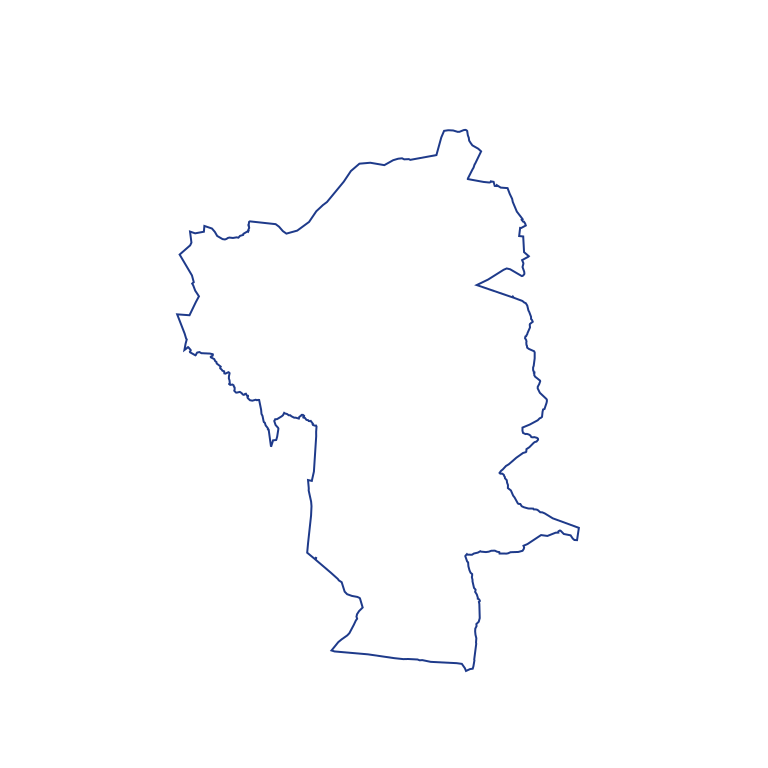 outline of Time nor, Rogaland, Norway, rotated 23°
{"feature_id": "86288312B70741506044896", "entity_name": "Time nor", "entity_type": "district", "adm_level": 2, "iso_a3": "NOR", "parent_name": "Norway", "parent_adm1": "Rogaland", "projection": "albers", "projection_center": [5.769, 58.707], "detail": "fine", "context": "isolated", "style": "outline", "palette": "blue", "viewbox_px": 768, "rotation_deg": 23, "n_neighbors": 0, "source": "geoboundaries", "source_scale": "gbopen_adm2", "svg_char_len": 6165}
<svg xmlns="http://www.w3.org/2000/svg" viewBox="0 0 768 768"><g transform="rotate(23 384 384)"><path d="M571.6,616.1L574.6,612.8L576.9,611.4L576.6,608.9L575.2,603.0L574.7,602.4L570.4,587.1L569.7,586.0L568.3,581.9L566.2,579.1L564.6,576.2L563.6,573.5L563.8,570.7L562.8,568.9L564.1,565.8L563.6,562.1L557.7,549.2L556.5,547.5L557.0,546.7L557.0,546.2L555.8,545.1L554.2,545.0L553.9,544.1L551.7,541.5L549.1,539.7L549.0,538.7L548.6,537.5L546.5,536.5L542.6,531.1L542.0,529.7L540.3,527.4L540.1,526.2L539.4,524.5L537.4,523.9L535.5,522.1L532.9,518.8L531.1,515.3L529.9,514.9L526.1,510.7L526.1,510.2L526.8,508.2L527.4,508.5L531.7,506.8L533.0,504.9L536.3,502.5L538.0,500.3L538.8,500.4L543.5,498.9L546.0,497.4L547.9,495.6L551.1,494.1L553.7,494.2L555.8,493.7L556.6,494.9L563.1,492.2L564.3,491.4L566.2,489.4L573.3,486.1L576.7,483.4L577.1,481.2L576.9,479.8L575.6,478.4L578.6,475.3L587.6,461.7L593.8,460.0L600.1,453.8L602.5,452.7L602.1,452.1L602.2,451.3L603.2,450.1L604.0,450.1L608.1,451.8L614.9,450.4L618.1,452.5L620.2,453.2L622.7,452.3L619.6,440.3L591.8,441.7L582.5,440.3L579.8,440.3L578.0,441.0L574.5,439.9L572.9,440.1L570.8,440.9L570.0,440.4L565.5,442.2L561.0,442.8L558.5,442.7L556.4,441.2L554.5,441.8L553.7,441.5L548.5,437.4L546.5,436.3L542.4,432.4L538.7,431.4L537.6,428.6L535.8,426.7L534.6,424.6L532.2,423.5L531.6,422.4L530.5,421.7L529.8,420.8L527.9,420.3L526.1,421.1L525.1,420.7L525.7,418.1L526.7,416.3L528.3,411.8L530.2,409.2L534.6,400.2L538.9,393.2L541.2,391.3L541.4,390.7L540.6,388.3L542.5,385.4L544.8,379.6L545.5,378.5L546.9,377.4L547.6,375.1L547.0,374.1L545.8,373.8L543.0,374.2L542.0,374.9L540.4,375.3L538.8,374.2L537.0,373.9L535.0,374.1L533.8,374.8L531.1,374.7L529.7,372.9L528.5,370.0L534.0,364.4L539.7,357.3L540.7,354.7L541.4,354.2L542.3,352.5L540.8,347.6L540.4,345.3L541.5,344.3L541.0,337.9L540.6,336.0L540.0,334.8L539.3,334.3L530.9,331.2L527.2,328.0L526.6,326.5L526.9,323.4L526.7,320.4L526.3,319.9L520.2,318.2L518.8,317.1L518.3,315.6L517.8,315.4L517.9,314.4L516.9,314.2L516.6,313.6L515.8,312.9L514.8,310.5L514.7,308.8L512.7,301.6L510.4,296.1L509.4,295.2L503.6,295.1L501.6,294.6L500.5,292.8L499.9,292.4L498.8,290.3L498.6,289.3L497.7,288.0L495.9,286.7L495.6,285.0L496.2,284.4L496.1,283.7L496.4,282.4L496.2,281.0L496.3,274.9L495.0,272.5L494.9,271.7L496.6,268.6L495.3,267.3L494.0,266.7L493.1,264.7L489.3,260.7L488.3,260.0L485.2,255.8L482.9,254.2L481.3,254.2L479.0,253.5L469.7,253.9L468.5,253.2L468.4,254.0L430.7,256.7L439.0,247.2L449.5,232.1L451.8,229.7L455.3,229.1L468.6,230.8L469.4,230.3L470.2,228.3L470.0,227.3L469.2,225.9L465.8,222.2L465.3,218.8L464.9,218.1L462.7,216.0L467.1,210.5L467.4,209.8L461.4,207.9L454.5,193.8L450.6,195.0L448.3,187.1L449.3,186.8L452.6,182.7L451.2,181.1L449.4,179.9L448.7,180.2L446.6,179.1L447.2,178.1L438.9,173.4L431.4,166.1L429.6,163.5L425.4,159.8L421.2,155.4L414.7,157.6L410.3,156.9L410.5,157.7L408.5,158.4L405.9,155.1L403.2,155.7L403.3,156.5L402.2,157.4L396.7,159.1L381.1,162.6L380.9,162.1L381.6,152.0L381.9,149.9L381.6,146.4L381.8,145.8L382.5,131.9L378.8,130.6L372.1,129.8L369.6,128.3L367.3,126.7L365.8,124.2L364.0,122.3L361.7,118.6L360.7,118.2L359.5,118.3L358.1,119.2L355.0,122.3L353.3,123.1L348.6,123.6L344.0,125.3L340.4,127.5L340.4,134.7L342.8,152.8L320.6,167.4L319.0,167.3L314.8,169.3L312.4,169.2L309.0,171.1L305.0,174.4L298.8,182.4L284.9,185.7L275.3,190.8L270.3,200.9L267.9,213.5L260.4,238.8L257.9,243.1L254.2,251.4L251.7,264.1L244.2,276.7L235.4,283.7L231.2,282.8L225.9,280.2L221.8,279.2L197.0,286.7L196.5,287.4L196.6,288.0L197.2,290.2L197.7,291.0L197.4,291.1L198.9,292.9L198.9,295.5L199.4,295.6L199.4,297.0L198.7,296.9L195.9,300.7L196.1,301.8L193.6,303.9L192.8,306.2L191.0,306.6L187.9,308.6L184.5,309.6L183.2,310.6L182.3,312.0L181.1,313.1L178.8,313.7L172.6,312.9L168.9,310.1L164.9,308.1L156.9,308.7L158.7,314.2L151.3,319.1L145.9,319.5L151.5,329.1L151.4,332.1L145.3,344.7L164.8,359.1L169.1,364.6L168.2,366.5L169.9,367.8L173.7,371.8L179.4,375.6L178.8,382.0L178.1,396.7L166.4,400.7L180.8,415.5L184.2,419.6L185.0,420.0L185.6,424.3L187.0,430.7L188.5,428.1L188.9,426.9L189.4,426.6L192.7,428.2L193.0,428.7L192.7,430.2L193.1,430.6L199.2,431.3L199.5,430.7L199.5,429.1L199.8,428.0L201.7,426.7L203.8,427.0L211.9,424.0L214.7,423.5L215.1,424.0L215.2,424.9L214.1,426.2L213.9,426.7L214.2,427.1L218.0,427.4L219.7,428.9L221.1,429.2L222.0,430.5L226.9,431.8L226.9,433.3L227.2,433.6L229.0,434.2L230.1,434.9L231.9,434.8L232.9,436.6L234.0,436.4L236.2,433.9L237.3,434.1L237.7,434.6L238.2,437.3L239.0,439.5L240.3,440.9L241.8,443.6L241.4,444.3L241.5,444.6L242.8,444.9L244.8,443.7L246.1,444.0L246.9,445.1L247.8,445.5L248.6,447.2L248.8,448.7L251.0,449.7L251.8,449.5L254.4,447.6L256.5,448.0L258.0,448.8L259.1,448.8L259.5,448.5L260.0,447.4L260.7,446.9L262.4,448.3L263.4,448.0L263.7,448.5L263.6,449.7L264.1,450.2L266.9,451.3L269.3,450.8L272.1,448.6L273.3,448.6L274.4,447.8L275.3,447.5L281.0,455.8L282.9,459.4L284.6,460.8L287.7,465.3L288.3,466.0L289.4,466.2L291.3,468.4L293.9,469.8L294.9,470.6L294.8,471.0L295.2,471.3L295.8,471.3L304.1,485.2L304.5,485.1L303.9,479.2L306.6,477.7L306.6,477.0L306.2,474.1L304.5,467.3L304.2,466.3L303.6,465.7L300.2,464.1L297.5,461.0L297.4,460.6L297.7,459.5L297.6,459.0L299.3,458.1L302.4,453.8L303.2,452.3L303.4,449.6L304.4,449.8L306.4,449.5L308.6,450.0L309.9,449.4L311.4,449.9L314.5,450.1L315.9,449.5L319.1,449.1L318.9,447.3L320.1,445.5L320.1,444.9L320.2,444.6L321.4,444.1L322.9,444.5L323.0,445.0L322.5,445.9L322.9,446.4L324.4,446.1L326.6,447.3L328.5,447.0L329.2,447.5L330.5,447.1L331.0,446.6L334.1,448.4L334.0,448.9L334.7,449.5L336.9,449.3L337.6,448.8L338.5,449.5L340.2,454.5L342.0,458.6L353.7,492.0L355.4,501.4L351.6,502.1L355.5,509.4L356.3,511.5L362.9,520.8L365.0,524.8L368.3,533.7L376.2,559.9L379.2,569.3L388.6,572.1L389.4,569.9L389.8,572.5L408.9,578.5L417.7,581.5L419.1,582.4L422.5,583.0L428.9,590.5L432.2,591.9L437.3,591.6L442.7,590.4L445.2,590.5L445.7,590.8L451.7,598.1L449.8,602.7L449.1,606.6L449.4,607.6L449.5,608.8L451.0,610.6L450.5,612.6L450.3,617.6L449.5,626.9L448.4,629.8L444.8,635.6L442.8,639.4L439.8,649.8L443.0,649.5L474.9,639.1L500.4,632.4L509.3,629.7L513.7,627.7L522.5,624.5L524.8,624.4L527.1,623.2L535.6,621.5L559.9,612.6L565.0,611.2L569.5,614.0L571.6,616.1Z" fill="none" stroke="#1e3a8a" stroke-width="2"/></g></svg>